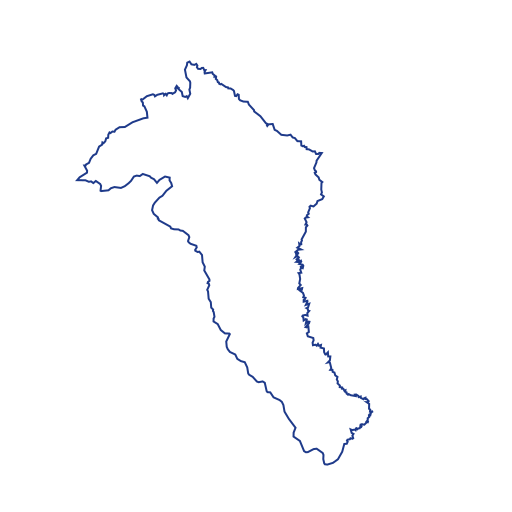 Gorontalo, Gorontalo, Indonesia (Natural Earth projection), rotated 219°
{"feature_id": "22746128B1660874628525", "entity_name": "Gorontalo", "entity_type": "district", "adm_level": 2, "iso_a3": "IDN", "parent_name": "Indonesia", "parent_adm1": "Gorontalo", "projection": "natural_earth1", "projection_center": [122.789, 0.702], "detail": "fine", "context": "isolated", "style": "outline", "palette": "blue", "viewbox_px": 512, "rotation_deg": 219, "n_neighbors": 0, "source": "geoboundaries", "source_scale": "gbopen_adm2", "svg_char_len": 6086}
<svg xmlns="http://www.w3.org/2000/svg" viewBox="0 0 512 512"><g transform="rotate(219 256 256)"><path d="M247.1,348.7L251.1,354.0L251.0,355.2L254.7,355.1L256.8,356.5L261.1,356.8L262.7,357.6L262.1,359.0L262.6,359.6L264.1,359.6L266.2,360.8L267.9,366.7L268.9,368.2L269.7,377.4L271.7,376.0L271.7,374.6L273.5,373.1L276.1,374.4L277.7,372.9L281.9,372.2L283.9,370.9L285.3,372.4L286.6,371.4L288.0,371.9L288.6,370.8L290.3,370.4L293.1,373.5L296.1,371.3L300.0,372.1L302.1,371.2L305.5,372.0L307.6,369.3L312.6,366.1L318.4,366.4L320.9,365.8L326.1,369.1L329.1,366.2L329.1,364.2L329.8,364.5L329.7,366.0L331.8,365.4L340.5,367.4L348.4,367.2L349.3,368.1L356.8,369.2L359.4,370.7L363.0,368.1L366.4,367.0L368.1,367.3L370.9,370.4L372.1,370.1L372.0,367.8L373.1,367.2L377.0,370.4L378.2,370.6L381.2,370.2L383.0,368.8L383.9,369.4L385.6,368.4L391.3,367.9L391.7,367.0L393.0,366.7L394.0,367.5L395.1,367.1L396.8,368.3L398.7,368.3L399.8,370.3L400.4,370.4L401.1,369.2L401.9,370.3L404.2,370.3L405.6,371.2L410.7,365.6L411.8,366.6L412.2,368.7L413.2,367.9L415.4,369.0L416.5,368.0L416.8,366.4L418.8,365.0L420.7,365.5L421.4,367.1L423.3,367.7L424.1,365.8L426.8,364.3L430.0,365.3L431.1,363.0L429.7,360.7L428.5,356.1L422.4,351.0L417.3,350.2L416.1,349.3L413.1,345.3L412.5,343.4L409.2,340.7L408.3,335.7L410.4,336.6L411.1,335.1L413.6,334.1L416.9,336.8L421.3,337.0L421.6,337.8L422.6,337.1L423.1,338.0L424.7,338.3L424.3,335.5L422.3,334.3L421.9,332.3L423.0,329.4L424.0,329.6L426.2,327.9L427.0,326.6L426.5,324.7L428.3,325.1L428.6,323.1L429.5,324.0L430.7,323.8L434.2,319.1L435.0,316.5L436.3,317.2L437.9,316.8L441.4,311.5L442.6,306.3L443.3,305.6L444.6,305.8L442.1,304.2L440.6,304.1L438.4,301.8L437.0,302.1L431.6,299.4L427.4,295.2L430.2,292.1L436.1,282.3L439.1,273.7L443.1,270.2L444.6,265.8L444.2,263.5L445.9,262.4L446.5,259.9L447.6,259.8L447.1,257.3L445.3,254.8L446.5,253.1L445.3,250.3L445.5,247.7L446.8,247.6L445.7,245.6L446.8,242.3L444.5,234.8L445.8,231.9L445.7,227.6L444.4,223.3L445.7,220.1L445.4,219.2L446.4,218.3L440.9,216.0L439.8,214.4L442.6,206.2L442.7,202.4L436.2,207.5L432.6,208.5L431.1,210.2L428.3,210.3L427.7,213.5L422.4,213.9L420.5,213.0L417.9,208.9L417.2,209.0L412.0,214.2L411.4,217.4L409.4,220.5L403.8,223.9L401.9,227.7L400.8,232.4L400.4,235.7L400.9,240.9L399.3,243.4L396.6,245.0L395.6,248.5L388.8,251.1L386.8,250.8L383.6,251.5L379.0,250.5L378.9,254.4L376.7,260.5L372.4,262.6L370.8,260.4L367.7,259.3L365.1,257.4L366.7,250.3L366.6,243.9L367.8,240.6L368.2,233.8L367.8,230.5L365.6,226.2L362.0,224.4L356.5,224.3L355.8,223.2L355.1,223.5L354.0,222.6L341.1,224.9L339.4,224.0L336.5,225.2L332.9,227.9L330.8,228.2L328.7,229.5L321.6,229.7L319.7,228.7L318.2,224.8L317.0,224.3L314.6,224.3L308.8,226.4L307.5,225.4L307.1,222.4L306.5,221.9L303.8,222.4L302.8,223.7L298.6,222.8L293.5,217.5L289.1,215.5L287.1,212.2L277.5,208.5L276.5,207.4L277.0,205.6L276.5,204.4L275.3,204.8L273.9,203.9L272.6,199.0L271.0,198.3L265.9,193.0L262.1,191.7L258.3,187.7L255.6,187.4L254.9,186.2L253.6,185.8L250.0,182.6L249.6,180.7L247.8,178.4L242.9,179.0L236.8,176.3L231.4,176.3L228.0,178.9L227.2,178.8L225.3,170.8L221.6,167.0L219.3,165.8L215.9,165.0L210.1,166.4L205.8,164.3L201.6,164.8L197.9,166.4L192.7,163.9L188.1,159.8L186.6,159.4L182.5,160.0L176.3,159.0L174.5,159.6L171.9,162.7L169.4,163.0L162.7,157.7L161.4,157.4L159.1,159.0L153.4,157.2L147.0,158.9L144.1,158.9L140.9,157.4L135.9,153.0L128.0,150.1L117.2,147.4L115.6,142.4L113.2,139.3L105.5,139.9L95.8,134.6L93.7,134.9L92.3,136.2L89.7,142.2L87.6,144.4L80.2,144.9L78.4,143.9L75.9,140.5L72.5,137.8L71.4,137.5L69.3,138.8L66.0,143.7L64.4,149.6L65.8,158.1L69.1,165.5L67.3,167.2L67.9,169.4L69.1,169.7L69.3,170.8L67.7,172.7L67.9,173.8L66.0,174.7L65.8,175.6L68.0,177.0L68.3,179.1L70.3,178.7L73.3,180.8L71.8,181.2L69.9,183.3L69.0,183.3L69.8,185.0L69.2,186.1L69.2,184.7L68.2,185.0L68.1,186.2L67.0,187.4L67.4,188.6L66.6,189.2L66.8,190.1L68.1,189.8L68.6,190.8L67.8,192.0L65.7,193.0L65.4,195.5L65.8,196.3L64.5,197.1L64.8,197.8L65.9,197.5L66.0,199.0L67.1,200.2L66.7,202.1L68.1,203.4L68.1,204.2L67.0,204.3L68.1,206.7L67.4,208.9L69.5,206.8L70.6,208.5L72.0,208.4L75.0,212.3L78.0,212.1L77.0,212.9L77.1,214.1L79.9,214.5L80.8,213.8L81.7,214.8L82.5,213.4L82.4,212.3L85.4,211.7L86.2,212.7L87.4,211.0L88.5,211.7L91.0,211.4L91.9,210.5L90.5,209.8L94.8,207.4L97.1,207.0L97.2,206.1L99.1,206.1L99.7,207.0L101.2,206.6L102.0,207.9L102.5,206.9L104.6,207.8L105.7,207.0L106.4,208.0L108.4,206.8L109.3,208.1L112.4,208.3L113.5,210.1L115.5,210.9L116.6,213.3L119.3,213.1L121.7,214.8L123.5,214.2L124.9,215.6L126.6,214.3L126.8,216.1L131.4,219.6L132.1,219.8L133.2,218.4L132.9,221.4L135.0,224.7L136.7,223.4L139.5,226.4L139.7,223.3L140.3,223.1L142.6,224.2L145.0,226.9L148.2,225.4L149.5,227.7L150.5,225.9L152.5,226.7L152.3,224.5L153.9,224.5L155.6,222.5L157.5,224.3L158.2,226.8L159.9,228.3L165.2,226.2L167.8,227.9L167.1,230.2L171.2,234.4L172.0,234.1L171.8,232.4L172.7,232.0L172.5,237.1L173.1,238.5L174.3,237.8L174.8,234.9L176.6,238.6L177.7,238.2L178.4,235.9L180.5,238.0L182.1,238.3L182.2,239.2L180.6,241.2L178.4,242.1L180.2,243.9L180.1,246.7L181.0,246.3L182.6,247.5L183.9,247.3L183.2,248.8L184.6,252.4L186.5,249.4L187.2,252.8L187.9,253.5L190.2,250.5L191.3,251.9L190.8,253.6L191.2,254.7L193.3,253.7L193.9,255.5L196.3,256.9L200.7,256.7L200.8,257.9L199.2,258.7L199.9,260.1L202.7,256.7L203.2,257.5L203.0,261.6L205.1,261.9L207.2,265.9L210.7,269.1L212.1,269.5L210.3,271.5L213.0,273.2L213.4,274.9L214.4,275.8L213.8,276.7L212.8,275.6L212.0,275.9L213.1,278.2L214.2,278.6L217.4,277.0L217.3,280.1L218.1,280.6L218.7,278.4L220.9,276.9L220.2,279.9L221.1,280.4L221.6,278.8L222.3,278.9L221.9,281.9L223.8,282.1L224.7,280.0L224.9,281.9L226.3,283.0L224.9,283.9L225.0,284.8L226.3,285.0L227.3,283.6L227.9,283.8L227.2,287.4L225.2,289.4L229.1,288.5L228.5,291.2L230.3,292.9L228.7,292.9L228.2,293.6L229.7,295.2L230.0,296.9L231.0,297.6L232.6,306.3L235.3,309.7L235.2,312.0L236.3,312.4L237.4,311.6L238.0,314.1L241.7,315.8L241.6,317.0L240.0,318.8L241.5,318.8L242.1,319.7L241.6,322.0L242.9,322.7L244.2,327.1L245.4,327.9L245.2,329.5L242.5,330.7L241.8,334.9L242.8,337.4L240.3,341.9L240.8,345.0L244.2,344.8L244.8,346.9L247.1,348.7Z" fill="none" stroke="#1e3a8a" stroke-width="2"/></g></svg>